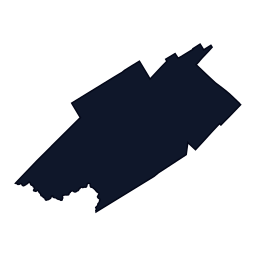 Navarro, Buenos Aires, Argentina (Mercator projection)
{"feature_id": "61730980B73651998783154", "entity_name": "Navarro", "entity_type": "district", "adm_level": 2, "iso_a3": "ARG", "parent_name": "Argentina", "parent_adm1": "Buenos Aires", "projection": "mercator", "projection_center": [-59.615, -35.025], "detail": "fine", "context": "isolated", "style": "filled", "palette": "ink", "viewbox_px": 256, "rotation_deg": 0, "n_neighbors": 0, "source": "geoboundaries", "source_scale": "gbopen_adm2", "svg_char_len": 4976}
<svg xmlns="http://www.w3.org/2000/svg" viewBox="0 0 256 256"><path d="M122.2,72.3L119.1,74.1L113.3,77.6L71.7,103.1L72.3,104.2L80.4,117.7L79.5,118.4L51.7,146.0L50.9,146.9L37.0,160.7L19.0,179.5L15.4,183.3L15.6,183.4L16.0,183.4L16.4,183.5L16.9,183.6L17.2,183.7L17.4,184.1L17.8,184.4L18.1,184.4L18.4,184.2L18.9,184.4L19.2,184.3L19.7,184.1L19.9,183.9L20.4,183.7L20.7,183.6L21.1,183.5L21.5,183.7L21.7,183.9L21.8,184.2L22.0,184.6L22.2,185.1L22.6,185.4L23.0,185.7L23.5,185.8L24.3,185.5L24.6,185.3L25.0,185.1L25.3,184.8L25.6,184.8L26.0,184.5L26.2,184.2L26.5,184.0L27.0,183.8L27.4,183.6L27.7,183.3L28.0,183.0L28.3,182.5L28.6,182.3L29.1,182.1L29.4,182.1L29.7,182.3L29.9,182.5L30.1,182.8L30.2,183.2L30.4,183.6L30.6,184.0L30.8,184.5L31.1,184.9L31.5,185.2L31.9,185.2L32.6,185.3L32.8,185.5L33.0,186.0L33.1,186.5L33.3,186.8L33.8,187.0L34.1,187.3L34.3,187.6L34.4,188.1L34.4,188.4L34.3,188.7L34.1,189.2L33.9,189.5L33.8,189.8L33.6,190.1L33.6,190.6L33.8,190.8L34.1,190.9L34.7,191.0L35.2,191.2L35.5,191.3L35.9,191.3L36.1,191.1L36.5,191.0L36.8,190.7L37.1,190.4L37.4,190.2L37.7,190.3L38.0,190.4L38.3,190.8L38.5,191.2L38.7,191.4L38.9,191.8L39.0,192.1L39.2,192.4L39.5,192.7L39.8,193.0L40.2,193.3L40.5,193.7L40.6,194.0L40.7,194.3L40.7,194.7L40.8,195.0L41.0,195.4L41.2,195.7L41.3,195.8L41.7,195.9L42.1,196.0L42.5,196.1L42.7,196.4L42.9,196.7L43.1,197.0L43.4,197.4L43.8,197.6L44.3,197.8L44.6,198.0L44.9,198.3L45.0,198.6L45.1,199.0L45.3,199.5L45.5,199.8L45.7,200.0L46.2,200.1L46.6,200.1L47.1,199.9L47.5,199.7L47.9,199.6L48.5,199.6L48.7,199.4L49.0,199.2L49.4,199.0L49.9,198.7L50.2,198.5L50.5,198.3L50.7,198.0L50.8,197.7L50.9,197.4L51.0,197.1L51.4,196.6L51.5,196.2L51.8,196.0L52.0,195.8L52.4,195.8L52.7,195.8L52.8,196.1L52.9,196.5L53.0,196.9L53.2,197.2L53.6,197.4L54.2,197.6L54.6,197.6L54.9,197.7L55.4,197.8L55.9,197.8L56.1,197.9L56.4,198.2L56.6,198.3L56.8,198.6L57.1,198.7L57.4,198.8L57.7,199.1L58.1,199.2L58.4,199.2L58.6,199.3L58.9,199.4L59.1,199.5L59.5,199.6L60.0,199.6L60.3,199.8L60.6,200.2L60.9,200.3L61.2,200.3L61.6,200.2L61.8,200.1L62.0,200.0L62.2,199.9L62.2,199.5L62.2,199.3L62.2,198.9L62.4,198.7L62.6,198.4L62.7,198.1L62.7,197.8L62.7,197.6L62.7,197.4L62.6,197.1L62.5,196.9L62.5,196.7L62.4,196.4L62.4,196.1L62.5,195.9L62.6,195.7L62.8,195.5L62.9,195.4L63.1,195.3L63.5,195.2L63.8,195.2L64.1,195.1L64.5,195.0L64.8,195.0L65.3,194.9L65.6,194.9L66.0,194.9L66.4,195.0L66.7,194.9L67.0,194.9L67.5,194.9L67.8,194.9L68.1,194.9L68.4,194.8L68.6,194.7L68.8,194.5L68.9,194.2L69.0,193.9L69.0,193.7L69.1,193.4L69.2,193.2L69.4,193.0L69.5,192.8L69.8,192.7L70.2,192.4L70.3,192.2L70.4,191.7L70.5,191.4L70.9,191.2L71.3,191.2L71.7,191.1L72.2,190.9L72.5,190.8L72.9,190.8L73.1,191.0L73.5,191.3L73.7,191.5L74.0,191.7L74.5,191.9L74.9,191.9L75.3,191.9L75.6,191.9L75.9,191.8L76.2,191.6L76.6,191.2L77.0,191.0L77.3,190.9L77.7,190.8L78.0,190.6L78.3,190.4L78.5,190.1L78.7,189.8L78.8,189.4L79.0,189.1L79.4,188.8L79.7,188.6L79.9,188.4L80.0,188.2L80.3,187.8L80.6,187.5L81.0,187.2L81.3,187.1L81.5,187.1L81.8,187.2L82.0,187.4L82.3,187.5L82.6,187.5L82.9,187.4L83.1,187.2L83.3,187.3L83.7,187.4L83.9,187.3L84.2,187.1L84.5,187.0L84.8,187.1L85.2,187.2L85.5,187.2L85.9,187.1L86.2,187.0L86.5,186.7L86.6,186.4L86.7,186.1L86.8,185.8L86.9,185.4L86.9,185.0L87.0,184.7L87.1,184.3L87.3,184.0L87.4,183.7L87.7,183.4L88.1,183.4L88.3,183.3L88.5,183.4L88.9,183.4L89.1,183.4L89.6,183.6L89.9,183.7L90.2,184.0L90.3,184.5L90.3,184.8L90.3,185.2L90.2,185.6L90.2,185.8L90.4,186.2L90.5,186.5L90.6,186.8L90.9,187.1L91.3,187.2L91.6,187.2L91.9,187.3L92.2,187.4L92.5,187.5L92.9,187.8L93.2,188.0L93.6,188.4L94.0,188.6L94.2,188.8L94.5,189.2L94.9,189.4L95.2,189.6L95.3,189.9L95.5,190.3L95.7,190.5L95.9,190.7L96.1,191.0L96.4,191.2L96.6,191.4L96.7,191.6L96.9,191.7L97.0,191.9L97.2,192.1L97.5,192.2L97.7,192.3L98.0,192.6L98.3,192.7L98.5,192.8L98.8,193.1L99.1,193.4L99.1,193.7L99.0,194.0L98.8,194.2L98.6,194.5L98.5,194.8L98.3,195.2L98.2,195.4L98.0,195.7L97.8,196.1L97.6,196.4L97.5,196.7L97.6,197.1L97.8,197.4L98.0,197.7L98.2,198.0L98.4,198.1L98.6,198.3L98.9,198.5L99.1,198.7L99.4,198.8L99.7,199.0L99.9,199.4L99.9,199.6L99.9,200.0L99.8,200.3L99.6,200.6L99.5,200.9L99.5,201.0L99.5,201.3L99.4,201.7L99.2,202.1L99.0,202.5L98.8,202.9L98.5,203.2L98.1,203.5L97.9,204.1L97.9,204.6L97.7,205.0L97.5,205.5L97.4,205.8L97.1,206.2L96.8,206.4L96.4,206.7L96.2,207.0L95.7,207.5L95.7,207.8L96.0,208.0L96.3,208.3L96.3,208.6L96.4,209.0L96.4,209.3L96.2,209.7L95.9,210.2L95.8,210.5L95.8,210.8L95.9,211.1L96.0,211.4L96.1,211.7L96.1,211.9L116.3,199.5L154.1,176.3L158.5,172.7L186.2,154.6L187.8,142.5L195.5,149.7L203.5,141.0L211.2,132.5L219.5,123.6L220.9,125.0L224.6,121.2L228.9,116.9L240.6,104.7L239.3,103.5L239.4,103.3L229.7,94.1L227.1,91.9L222.6,88.3L215.3,82.8L206.7,74.8L196.1,64.7L198.9,61.7L200.0,60.3L202.3,57.7L208.3,51.4L212.1,47.2L210.9,45.3L203.7,49.8L200.1,44.1L192.9,48.7L193.2,49.2L180.9,56.7L178.1,58.2L175.1,53.6L165.7,59.2L166.9,61.3L161.3,67.0L150.0,79.1L148.5,76.3L145.3,71.0L139.4,61.2L132.0,65.7L124.6,70.3L122.2,72.3Z" fill="#0f172a" stroke="#020617" stroke-width="1.5"/></svg>